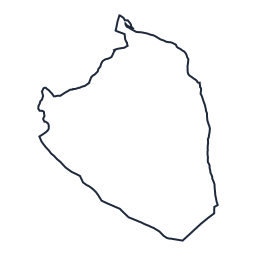 Al-Balyana, Suhaj, Egypt
{"feature_id": "37247803B40738105773266", "entity_name": "Al-Balyana", "entity_type": "district", "adm_level": 2, "iso_a3": "EGY", "parent_name": "Egypt", "parent_adm1": "Suhaj", "projection": "mercator", "projection_center": [31.948, 26.241], "detail": "fine", "context": "isolated", "style": "outline", "palette": "slate", "viewbox_px": 256, "rotation_deg": 0, "n_neighbors": 0, "source": "geoboundaries", "source_scale": "gbopen_adm2", "svg_char_len": 3375}
<svg xmlns="http://www.w3.org/2000/svg" viewBox="0 0 256 256"><path d="M217.7,205.0L217.3,203.6L216.6,201.7L216.0,198.3L215.4,195.7L215.1,192.6L214.6,187.2L214.5,184.4L213.7,181.9L212.3,178.7L212.2,176.7L211.6,175.1L210.6,173.1L210.3,171.5L210.2,170.3L209.6,168.0L209.6,166.4L209.4,164.9L209.0,164.0L207.9,162.2L207.8,160.5L207.8,158.8L208.0,158.0L207.5,154.2L207.5,151.7L207.8,150.1L207.7,149.4L207.6,148.2L207.8,145.3L208.1,143.1L208.0,140.3L207.9,138.9L208.8,137.4L208.9,135.6L209.5,132.7L209.7,130.5L209.9,128.7L209.3,126.0L208.6,124.4L208.2,123.0L207.4,120.5L207.1,117.4L207.0,115.7L207.0,113.3L206.0,110.9L205.8,109.1L204.9,105.0L204.0,102.7L202.9,99.4L202.1,96.8L201.5,95.3L200.7,94.2L200.7,92.5L201.1,90.1L201.0,88.3L200.1,87.1L200.0,85.5L199.9,85.0L199.8,83.7L199.7,82.7L198.6,82.8L197.6,82.3L197.1,81.3L196.3,80.3L195.1,79.4L193.6,78.5L191.7,77.0L190.2,76.1L188.9,74.9L188.3,74.1L187.8,72.6L187.6,71.0L187.6,68.5L187.5,66.5L188.1,62.2L188.3,60.0L188.3,59.1L187.2,57.2L186.6,55.3L185.8,53.4L185.7,53.3L184.3,51.6L182.5,50.6L180.7,49.2L178.0,47.8L176.6,46.6L176.1,45.0L175.4,44.4L172.2,42.8L170.4,42.2L168.7,42.2L166.5,41.8L166.4,41.8L163.7,40.5L160.5,39.4L155.8,36.5L153.4,35.3L153.2,35.3L151.5,34.9L150.3,34.6L149.0,34.1L147.9,33.7L145.5,33.1L143.4,32.7L140.7,32.2L139.1,32.2L136.3,31.9L131.6,29.4L129.7,28.2L128.3,27.3L127.8,27.2L126.7,26.6L126.0,25.4L125.6,24.6L125.5,24.0L125.5,23.7L126.2,24.5L127.1,25.6L128.6,26.4L130.8,27.6L132.2,28.6L132.9,28.3L131.8,27.2L131.2,26.2L131.0,25.0L130.1,23.1L128.7,21.5L127.7,20.3L126.5,20.4L124.7,20.0L124.3,19.4L124.3,19.2L123.5,17.8L122.0,16.9L120.2,15.6L119.4,15.4L117.5,21.6L116.5,26.8L116.0,29.0L115.6,30.5L116.3,31.0L124.6,34.1L125.0,37.4L125.2,39.4L126.4,42.0L127.0,42.7L127.0,43.3L127.6,45.9L126.3,46.5L124.4,47.7L120.5,48.3L117.3,48.9L115.4,49.5L114.1,50.1L114.7,50.8L114.1,51.4L112.6,54.8L112.1,55.8L111.4,57.1L110.0,57.8L108.8,58.3L107.6,58.9L106.9,58.9L105.0,59.5L103.1,60.8L102.4,61.4L101.1,63.9L100.9,64.6L100.4,66.5L98.4,69.0L97.7,71.5L94.5,74.7L93.2,75.3L91.2,77.2L90.5,79.1L89.2,82.3L89.2,82.9L84.7,86.0L82.1,86.6L81.5,86.9L79.5,87.8L78.9,87.8L75.1,89.0L73.1,89.0L72.5,89.6L70.6,89.6L69.3,90.2L67.4,91.4L66.1,92.0L62.2,94.5L60.3,95.8L57.7,95.7L57.3,95.8L55.2,96.3L54.5,96.3L53.9,96.3L53.3,95.6L52.1,93.7L50.8,92.4L49.6,91.1L48.3,89.8L47.1,89.1L45.8,87.8L44.6,87.8L43.5,88.3L42.6,90.3L41.9,91.6L42.5,93.5L43.1,96.1L42.4,98.0L42.4,98.6L41.7,99.9L40.4,101.1L39.7,103.7L38.4,106.2L38.4,107.5L38.3,108.8L39.6,110.7L40.8,110.8L42.1,110.8L43.4,111.4L44.0,112.1L44.0,113.4L44.5,116.0L43.2,118.5L43.2,119.1L44.4,121.7L45.7,121.7L47.6,123.1L48.2,123.7L48.6,125.1L48.8,125.6L48.7,128.8L48.0,130.1L46.1,132.0L43.5,133.9L41.6,135.1L39.4,136.5L41.4,141.3L43.2,143.9L45.7,147.1L48.8,150.4L51.2,153.6L53.7,155.6L54.8,156.7L55.6,157.6L56.8,158.9L60.6,162.1L62.4,164.1L65.0,166.9L66.2,168.0L71.8,172.0L76.2,174.0L80.0,176.0L83.0,182.4L86.7,185.1L88.7,186.0L91.1,187.7L93.6,189.7L96.1,192.3L98.0,194.9L101.6,200.7L107.3,203.4L113.6,206.1L118.9,208.4L119.9,208.8L121.7,210.7L128.6,217.3L133.6,219.3L141.8,222.7L144.3,224.0L149.3,226.0L150.6,226.7L153.7,228.0L156.3,229.6L159.3,231.4L160.6,232.7L163.7,235.9L166.8,237.9L169.3,238.6L170.6,238.6L182.6,240.6L188.0,235.7L200.9,223.8L208.5,217.6L209.2,217.1L210.8,215.9L213.2,214.1L214.2,213.3L214.2,210.0L214.3,207.0L217.7,205.0Z" fill="none" stroke="#1e293b" stroke-width="2"/></svg>